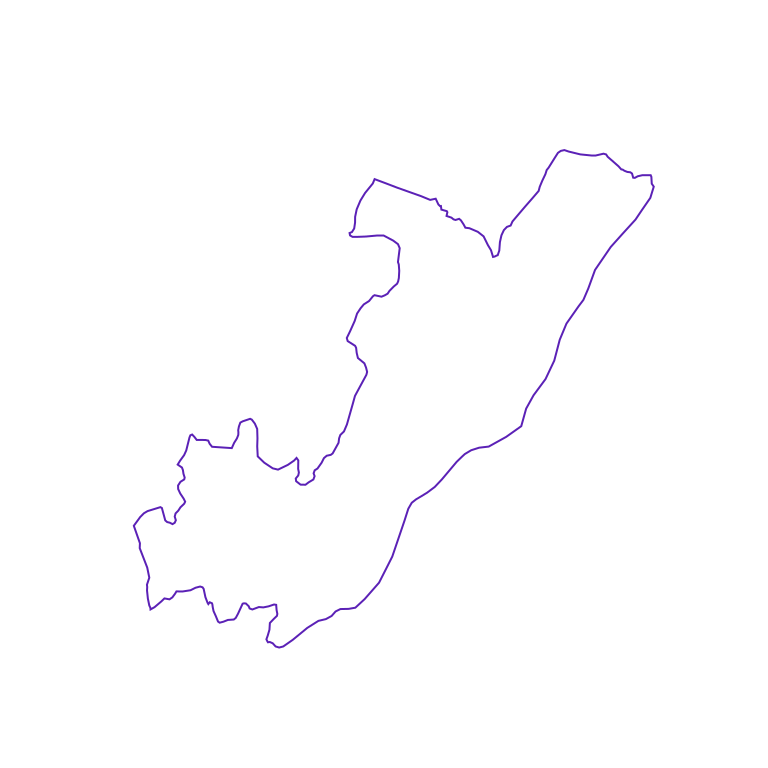 map outline of Republic of the Congo (Equal Earth projection), rotated 20°
{"feature_id": "COG", "entity_name": "Republic of the Congo", "entity_type": "country or territory", "adm_level": 0, "iso_a3": "COG", "parent_name": "Africa", "parent_adm1": "", "projection": "equal_earth", "projection_center": [14.374, -0.658], "detail": "fine", "context": "isolated", "style": "outline", "palette": "violet", "viewbox_px": 768, "rotation_deg": 20, "n_neighbors": 0, "source": "natural_earth", "source_scale": "50m", "svg_char_len": 4032}
<svg xmlns="http://www.w3.org/2000/svg" viewBox="0 0 768 768"><g transform="rotate(20 384 384)"><path d="M197.4,602.8L200.4,592.4L202.6,587.6L205.3,584.3L216.0,576.2L217.7,576.5L225.1,587.0L227.5,587.9L230.1,587.6L233.2,588.0L234.8,586.0L235.0,583.2L232.7,580.2L232.4,576.9L234.0,573.4L234.9,569.5L237.2,564.8L237.4,562.6L235.0,560.3L230.0,556.6L226.5,553.1L225.2,549.8L226.2,545.5L228.9,542.0L228.7,540.1L226.3,537.0L224.5,533.7L222.7,531.6L217.7,530.3L218.6,525.8L220.5,519.2L220.9,514.1L219.5,500.8L219.6,498.4L221.0,497.1L224.0,498.6L227.1,500.6L235.3,497.7L238.2,497.3L240.6,499.8L243.9,501.8L262.9,496.3L263.3,490.6L264.4,485.5L264.5,481.7L263.7,479.2L262.8,477.3L262.2,473.5L262.2,469.4L264.0,467.4L270.1,462.5L272.0,462.7L276.2,465.4L280.2,469.6L283.7,478.4L286.2,486.0L290.1,495.2L298.4,498.9L308.3,501.3L313.7,500.7L321.3,492.9L325.7,486.7L327.1,483.4L329.6,485.1L332.4,493.2L334.3,496.3L334.7,499.3L333.4,503.0L334.7,505.4L340.0,507.1L344.7,505.5L346.8,502.2L350.3,497.9L350.3,494.3L348.4,492.0L348.4,488.8L350.4,486.2L352.3,479.3L352.9,474.2L354.7,471.0L358.2,468.8L359.5,466.8L361.4,454.8L360.4,450.4L360.4,446.8L362.6,442.3L363.0,434.7L362.1,422.4L361.5,414.0L360.8,405.1L362.5,393.5L364.3,381.4L364.0,378.4L361.5,374.7L358.5,371.3L350.6,368.5L347.7,364.1L345.4,359.5L343.8,358.0L335.2,356.1L333.3,353.5L334.1,345.9L334.9,334.8L334.6,327.0L336.1,320.8L337.8,316.1L341.6,311.1L343.6,305.3L344.7,303.8L351.8,302.8L354.4,300.4L356.5,297.9L357.3,294.6L359.8,289.1L362.0,285.3L362.2,282.8L361.7,279.3L359.6,272.4L357.0,266.6L355.4,264.6L352.3,251.0L349.3,247.8L343.6,246.1L332.9,244.6L326.4,247.0L316.6,251.6L309.0,254.7L304.1,256.5L301.3,256.0L300.0,253.9L301.9,252.2L302.8,248.1L301.6,242.2L299.7,236.8L298.6,229.2L299.1,219.7L300.9,210.9L304.9,199.4L305.1,194.7L317.1,194.8L329.0,195.0L342.0,194.9L354.6,194.8L364.4,195.2L369.2,192.2L373.7,196.7L375.9,197.7L376.6,197.3L378.3,200.5L383.9,200.1L384.8,200.9L385.3,204.7L390.5,204.6L393.0,205.5L395.1,205.4L398.1,203.1L400.3,203.9L404.2,206.8L407.0,209.3L411.0,208.4L420.1,208.9L427.1,211.2L434.1,217.9L438.8,221.7L443.0,227.3L444.5,226.3L446.0,224.7L446.8,224.1L446.7,219.2L444.4,211.0L443.5,204.1L444.0,198.4L445.8,194.3L448.8,191.8L449.1,187.9L449.1,187.4L452.5,178.2L455.9,169.1L460.0,158.5L463.3,149.7L462.9,145.4L463.2,138.9L463.9,131.6L463.7,127.3L464.7,124.4L467.0,113.6L468.4,107.3L470.4,104.5L473.5,102.5L478.0,102.4L489.9,101.1L500.9,98.3L504.6,97.0L511.5,92.5L514.2,92.3L516.5,94.0L529.9,99.2L533.6,101.2L534.9,100.9L537.0,101.4L540.1,101.5L543.1,100.8L545.1,101.4L547.6,104.9L549.2,104.5L551.4,102.0L555.4,99.4L563.2,96.6L564.4,97.9L567.1,104.2L570.0,106.3L570.6,118.0L566.8,132.6L564.1,143.5L556.7,161.5L550.2,177.7L543.3,204.6L543.3,224.4L542.6,236.8L540.3,244.3L534.8,264.8L534.0,282.3L536.0,303.8L534.1,324.1L528.4,343.4L526.0,358.5L527.4,376.7L516.9,391.9L503.8,407.0L495.2,411.3L488.6,416.4L483.9,422.2L482.3,425.3L478.9,432.3L471.0,453.9L466.9,463.4L461.6,471.5L453.6,481.4L450.7,486.1L449.5,492.9L450.0,505.3L450.8,543.3L449.5,554.3L447.3,572.4L439.4,592.7L433.6,604.0L427.7,607.4L420.0,610.4L416.3,614.3L414.1,619.9L409.8,624.8L403.4,629.0L395.4,639.3L385.7,655.7L379.1,665.1L375.6,667.5L371.9,667.7L368.1,665.7L364.9,665.5L363.3,666.4L362.3,665.6L360.8,664.1L360.8,660.3L360.4,654.1L358.5,647.6L360.8,642.4L362.7,638.5L362.4,636.5L360.4,633.2L358.2,628.4L356.1,628.8L351.6,632.4L347.0,635.2L342.7,636.4L339.3,639.3L337.4,640.9L334.5,640.9L332.9,639.1L329.3,637.5L327.4,638.0L326.3,638.8L325.8,644.8L325.4,649.8L324.7,654.5L323.4,656.7L318.0,659.1L314.4,662.3L311.2,664.5L309.3,664.0L305.4,659.7L301.5,655.7L299.4,652.3L298.2,650.0L297.4,648.9L294.9,648.7L294.2,650.9L293.0,649.9L289.1,645.4L284.6,638.2L283.0,637.1L280.5,637.2L276.6,639.9L272.7,644.0L265.8,647.8L259.9,649.9L259.4,652.5L258.1,656.9L256.1,659.7L251.0,660.6L249.1,664.5L244.7,672.2L241.7,675.7L241.0,674.2L239.2,672.4L235.5,666.4L231.9,659.0L230.9,655.7L229.9,653.7L229.7,646.3L224.3,637.5L210.6,621.8L209.1,617.1L197.4,602.8Z" fill="none" stroke="#5b21b6" stroke-width="2"/></g></svg>